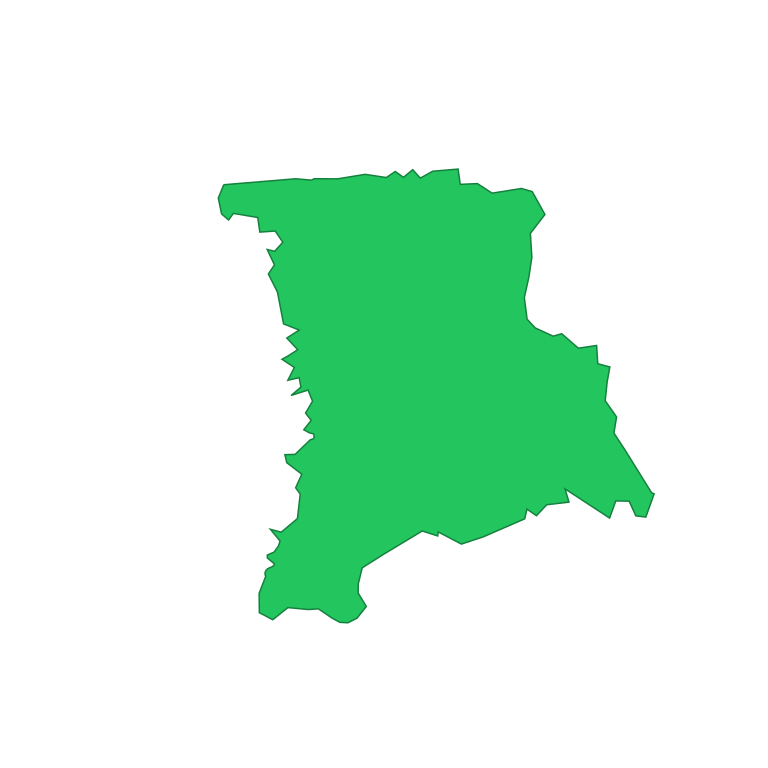 outline of Westmoreland, Pennsylvania, United States of America, rotated 237°
{"feature_id": "52423323B66944309680505", "entity_name": "Westmoreland", "entity_type": "district", "adm_level": 2, "iso_a3": "USA", "parent_name": "United States of America", "parent_adm1": "Pennsylvania", "projection": "albers", "projection_center": [-79.479, 40.36], "detail": "fine", "context": "isolated", "style": "filled", "palette": "green", "viewbox_px": 768, "rotation_deg": 237, "n_neighbors": 0, "source": "geoboundaries", "source_scale": "gbopen_adm2", "svg_char_len": 1767}
<svg xmlns="http://www.w3.org/2000/svg" viewBox="0 0 768 768"><g transform="rotate(237 384 384)"><path d="M148.7,500.2L159.7,514.7L152.2,525.8L136.2,523.4L129.8,531.1L144.8,550.8L146.9,549.2L197.8,550.2L217.6,550.1L229.7,561.1L249.5,560.4L264.2,572.3L275.3,582.7L284.6,574.3L300.5,583.3L308.2,566.5L329.4,560.4L332.0,551.9L348.6,541.4L360.4,539.3L380.1,548.8L394.7,563.7L409.7,577.0L430.6,588.8L438.5,611.3L464.6,613.1L473.1,605.8L485.2,578.6L501.2,571.5L509.9,556.7L523.9,563.2L535.9,540.8L536.9,526.6L548.1,524.8L546.7,512.9L556.1,509.2L555.9,498.4L570.1,482.4L581.3,456.9L594.1,437.4L594.5,434.2L604.3,421.6L638.2,358.5L638.1,357.7L630.2,346.3L615.1,340.4L606.2,343.0L609.1,350.6L592.4,368.8L579.0,362.6L571.5,376.1L558.0,376.3L554.9,364.6L560.4,359.3L543.6,357.0L539.2,346.9L519.1,344.7L489.1,332.5L475.4,342.3L475.5,327.5L459.8,330.3L459.8,318.5L460.3,311.9L446.7,317.8L439.5,305.4L435.5,316.3L426.6,312.6L425.0,299.8L420.3,317.0L408.5,314.7L402.4,302.4L393.2,303.1L389.3,291.8L383.7,294.8L380.6,297.7L380.1,297.7L377.8,296.7L376.7,295.3L376.6,294.4L377.4,291.9L373.4,271.1L378.7,262.4L371.0,259.6L353.1,265.9L345.1,253.4L337.2,253.7L318.3,238.1L315.7,217.1L324.0,209.6L308.9,211.3L305.7,207.3L302.9,200.3L304.1,193.0L301.7,191.4L292.8,194.1L292.3,193.7L291.8,192.0L291.7,190.1L292.2,188.1L292.4,185.6L292.0,183.8L291.2,182.2L290.1,181.1L288.1,180.2L287.3,180.3L276.5,165.3L260.1,154.9L246.9,162.3L248.8,181.6L236.0,197.8L231.2,206.5L216.0,212.9L208.1,217.2L203.4,223.7L202.3,233.8L206.8,247.3L207.1,248.0L222.8,248.5L230.5,253.7L241.7,265.6L241.4,291.4L239.9,336.0L227.3,346.3L230.4,348.9L207.6,361.7L201.7,384.2L194.3,428.6L201.2,435.7L190.5,440.1L194.1,454.7L184.2,474.8L197.4,478.7L148.7,500.2Z" fill="#22c55e" stroke="#15803d" stroke-width="1.5"/></g></svg>